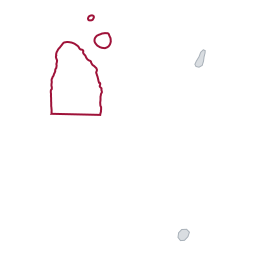 North Ari, Maldives shown in context
{"feature_id": "70690204B20684534310008", "entity_name": "North Ari", "entity_type": "district", "adm_level": 2, "iso_a3": "MDV", "parent_name": "Maldives", "parent_adm1": "", "projection": "orthographic", "projection_center": [72.851, 4.166], "detail": "fine", "context": "in_parent", "style": "outline", "palette": "rose", "viewbox_px": 256, "rotation_deg": 0, "n_neighbors": 0, "source": "geoboundaries", "source_scale": "gbopen_adm2", "svg_char_len": 4412}
<svg xmlns="http://www.w3.org/2000/svg" viewBox="0 0 256 256"><path d="M202.2,65.4L199.0,67.2L196.0,66.5L194.9,64.3L196.4,61.0L199.0,56.8L200.7,52.3L203.3,49.8L205.2,50.6L205.0,53.2L204.1,56.7L203.5,61.2L202.2,65.4ZM184.5,240.3L180.5,240.6L178.0,237.4L178.6,232.8L181.7,229.5L186.6,229.3L189.4,232.2L187.9,236.7L184.5,240.3Z" fill="#d9dde1" stroke="#a8b0b8" stroke-width="1"/><path d="M100.2,114.9L100.3,114.2L100.4,113.6L100.6,113.0L100.7,112.3L100.9,112.0L101.0,111.1L100.9,110.5L101.1,109.7L101.1,109.3L101.1,108.8L101.1,108.4L101.1,108.1L101.1,107.7L101.1,107.3L101.1,107.1L100.6,106.2L100.4,105.5L100.3,105.0L100.3,104.5L100.3,104.0L100.2,103.1L100.2,102.7L100.2,102.3L100.3,101.8L100.4,100.8L100.5,100.1L100.5,99.4L100.5,98.7L100.5,98.1L100.5,97.3L100.5,96.6L100.7,95.9L100.8,95.3L100.9,94.6L101.0,94.0L101.3,93.4L101.6,92.8L101.9,92.2L101.8,91.3L101.6,90.6L101.4,90.0L101.5,89.2L101.5,88.6L101.4,88.2L100.8,87.7L100.1,87.0L99.9,86.7L99.7,86.1L99.9,85.4L100.1,84.8L100.2,84.2L100.2,83.5L99.8,82.8L99.5,82.8L99.0,82.7L98.9,82.2L98.6,81.3L98.4,80.5L98.3,79.8L98.1,79.1L98.0,78.5L97.9,78.2L97.6,77.0L97.4,76.3L97.2,75.8L96.9,75.0L96.9,74.8L96.7,74.2L96.4,73.4L96.2,72.8L96.2,72.3L96.5,71.5L96.8,70.8L96.9,70.3L96.9,69.6L96.3,68.1L95.6,67.5L95.0,66.9L94.3,66.2L93.8,65.8L93.3,65.5L92.6,65.0L92.2,64.5L91.8,63.8L91.4,63.1L91.1,62.5L91.0,61.8L90.8,61.4L90.4,61.0L89.7,60.7L89.1,60.5L88.8,60.3L87.6,59.5L87.0,58.8L86.7,58.3L86.4,57.9L86.2,57.7L86.1,57.3L85.9,57.0L85.8,56.7L85.7,56.4L85.6,56.1L85.3,55.7L85.2,55.5L85.0,55.2L84.6,54.9L84.4,54.6L84.0,54.2L83.7,53.8L83.4,53.5L83.3,53.1L83.2,52.7L83.1,52.3L83.1,51.8L83.3,51.3L83.3,51.0L83.1,50.4L82.7,50.1L81.8,49.6L81.4,49.5L80.7,49.5L80.2,49.2L79.8,48.9L79.4,48.4L79.2,48.0L78.7,47.1L78.1,46.3L77.3,45.6L76.5,45.1L75.7,44.5L74.5,43.7L73.3,43.2L72.5,42.9L71.4,42.5L70.5,42.4L69.5,42.2L68.6,42.1L67.9,42.0L67.2,42.0L66.2,42.1L65.3,42.3L64.5,42.4L64.1,42.5L63.5,42.9L63.1,43.3L62.8,43.6L62.4,44.2L61.8,44.9L61.7,45.2L61.4,45.5L61.1,45.9L60.7,46.3L60.4,46.7L60.1,47.2L59.8,47.6L59.2,48.1L58.8,48.5L58.5,49.0L58.0,49.6L57.7,50.3L57.3,51.0L57.0,51.5L56.6,52.3L56.4,53.1L56.2,53.8L56.2,54.2L56.1,54.6L56.1,54.8L56.2,55.1L56.3,55.3L56.3,55.6L56.0,56.0L56.0,56.4L55.9,57.0L56.1,57.7L56.2,58.1L56.4,58.7L56.5,59.0L56.7,59.4L56.8,59.6L56.9,60.1L57.0,60.5L57.1,60.8L57.0,61.2L56.9,61.8L56.8,62.4L56.6,63.2L56.4,63.8L56.4,64.4L56.5,64.7L56.6,65.2L56.6,65.7L56.5,66.2L56.5,66.6L56.4,67.0L56.3,67.6L56.3,67.9L56.0,68.3L55.8,68.6L55.6,68.9L55.4,69.3L55.3,69.8L55.2,70.3L55.2,70.7L55.2,71.2L55.2,71.5L55.0,71.9L54.8,72.3L54.6,72.9L54.3,73.4L54.0,74.0L53.9,74.4L53.7,75.0L53.6,75.5L53.3,76.0L53.1,76.4L52.8,76.7L52.5,77.2L52.4,77.7L52.3,78.0L52.1,78.3L52.0,78.6L51.9,78.9L51.7,79.2L51.6,79.7L51.6,80.2L51.6,80.6L51.7,81.3L51.7,81.7L51.8,82.0L51.7,82.7L51.6,83.3L51.6,83.6L51.5,83.9L51.5,84.2L51.5,84.5L51.4,85.1L51.5,85.7L51.5,86.1L51.7,86.7L51.8,87.1L51.8,87.4L51.8,88.0L51.8,88.4L51.8,88.9L51.7,89.2L51.5,89.4L51.2,89.7L51.0,90.1L50.9,90.5L50.8,90.9L50.8,91.3L50.8,91.8L50.8,92.4L50.9,93.1L51.0,93.7L51.0,94.3L51.0,94.6L51.0,95.6L50.9,95.9L51.0,96.5L51.0,97.0L51.1,97.7L51.1,98.2L51.1,98.8L51.1,99.4L51.1,99.8L51.1,100.7L51.1,101.4L51.2,102.2L51.2,102.9L51.2,103.8L51.2,104.4L51.2,104.9L51.2,105.4L51.2,106.2L51.3,106.8L51.4,107.3L51.4,108.1L51.5,108.5L51.5,109.0L51.5,109.3L51.6,109.7L51.6,110.2L51.6,110.7L51.6,111.0L51.6,111.3L51.6,111.6L51.5,111.9L51.5,112.1L51.5,112.3L51.6,112.6L51.6,113.0L51.6,113.6L51.5,113.8L100.2,114.9ZM110.7,40.7L110.7,39.9L110.6,39.0L110.5,38.1L110.1,37.3L109.8,36.7L109.5,36.0L109.1,35.1L109.0,34.7L108.9,34.3L108.6,34.0L108.2,33.5L107.5,33.2L106.8,33.2L106.2,33.2L105.3,33.1L104.7,33.1L104.0,33.3L103.5,33.3L102.9,33.4L102.4,33.5L101.8,33.6L101.4,33.8L100.8,34.1L100.2,34.3L99.5,34.6L99.0,34.7L98.4,35.0L97.8,35.3L97.1,35.6L96.6,36.0L96.0,36.7L95.5,37.3L95.1,37.9L94.8,38.5L94.6,39.3L94.5,40.1L94.5,40.8L94.6,41.6L95.0,42.6L95.6,43.5L96.2,44.3L96.8,45.0L97.1,45.4L97.8,45.9L98.5,46.3L99.2,46.7L99.7,47.1L101.0,47.5L101.8,47.8L102.6,47.9L103.5,48.0L104.2,48.1L105.2,48.1L105.9,47.8L106.8,47.5L107.4,47.1L108.4,46.5L109.0,45.8L109.5,45.1L110.0,44.2L110.4,43.1L110.6,42.3L110.8,41.5L110.7,40.7ZM93.7,16.3L93.5,16.0L92.7,15.5L92.1,15.4L91.4,15.4L90.5,15.6L89.4,16.1L88.8,16.6L88.3,17.5L88.0,18.5L88.0,18.8L88.3,19.7L88.8,20.2L90.0,20.4L91.4,20.3L92.5,19.9L93.0,19.2L93.6,18.1L93.9,17.1L93.7,16.3Z" fill="none" stroke="#9f1239" stroke-width="2"/></svg>